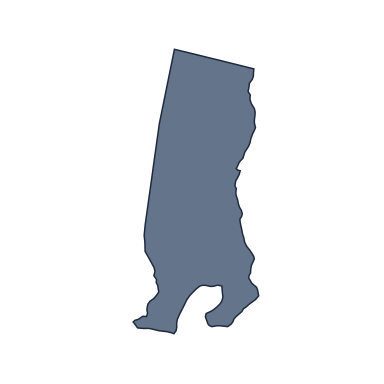 outline of Santa Cruz de Monte Castelo, Paraná, Brazil, rotated 336°
{"feature_id": "56859067B19396255459942", "entity_name": "Santa Cruz de Monte Castelo", "entity_type": "district", "adm_level": 2, "iso_a3": "BRA", "parent_name": "Brazil", "parent_adm1": "Paraná", "projection": "albers", "projection_center": [-53.375, -23.082], "detail": "fine", "context": "isolated", "style": "filled", "palette": "slate", "viewbox_px": 384, "rotation_deg": 336, "n_neighbors": 0, "source": "geoboundaries", "source_scale": "gbopen_adm2", "svg_char_len": 1971}
<svg xmlns="http://www.w3.org/2000/svg" viewBox="0 0 384 384"><g transform="rotate(336 192 192)"><path d="M210.7,314.0L211.4,310.9L212.0,308.6L212.2,305.3L209.5,299.7L209.2,296.4L208.8,293.8L210.1,291.6L212.6,289.7L214.2,286.5L216.3,283.4L221.7,278.5L222.2,275.9L221.8,272.5L221.1,268.6L219.9,264.0L219.7,259.2L220.8,254.5L221.0,251.4L222.3,245.9L223.0,242.3L224.1,237.8L225.1,235.8L227.2,234.7L229.1,232.4L229.6,228.9L229.2,225.1L229.5,222.1L230.5,217.6L231.0,212.7L232.0,209.9L233.9,206.9L233.6,204.0L235.1,201.7L236.5,199.6L239.2,197.7L242.2,195.2L244.7,192.2L242.8,190.7L241.9,188.7L244.1,186.9L246.6,184.6L248.5,183.4L252.3,181.8L256.4,177.1L262.2,173.3L265.2,170.4L267.3,167.4L270.8,163.7L273.3,161.7L276.2,159.0L276.8,155.7L277.4,153.4L278.9,150.5L280.6,147.8L282.2,144.6L282.9,141.2L282.5,138.1L282.1,135.2L282.7,130.7L284.7,127.1L284.1,123.0L286.3,119.9L288.8,115.9L292.8,113.7L295.1,111.3L296.7,108.0L298.6,104.7L257.8,72.9L234.0,54.5L189.6,116.8L187.1,120.9L167.4,152.4L161.1,162.6L136.2,202.4L135.0,204.5L130.7,212.1L128.5,218.8L125.0,227.2L125.8,235.5L126.6,245.6L125.9,249.4L123.1,253.0L124.0,257.4L122.5,260.2L122.7,263.7L121.7,266.7L121.0,269.8L118.1,271.7L113.7,273.8L109.2,274.7L106.1,276.5L104.3,278.9L102.8,281.5L102.1,284.7L99.8,287.2L96.4,285.5L91.3,286.5L87.6,286.0L85.4,286.8L86.1,289.5L87.0,294.0L91.9,296.8L97.0,299.0L98.8,300.2L105.4,305.3L112.3,309.4L115.0,311.4L117.8,314.1L121.0,312.3L122.9,309.6L124.7,305.5L126.7,302.5L130.7,298.8L138.5,292.5L143.2,288.5L147.6,285.8L149.7,284.9L156.3,282.3L161.0,281.1L163.7,281.5L166.3,282.7L170.7,285.9L173.4,286.9L177.5,287.5L181.0,290.0L179.1,295.6L177.4,300.7L174.8,303.9L171.9,305.7L167.5,307.3L164.1,308.2L161.0,308.7L155.5,308.8L153.5,311.4L152.9,318.8L153.5,321.1L155.4,323.1L159.9,324.2L163.4,325.7L169.8,329.5L174.1,328.6L176.6,327.2L178.9,324.9L181.7,323.7L188.9,321.5L191.5,319.6L194.8,319.0L198.4,317.8L206.3,316.1L210.7,314.0Z" fill="#64748b" stroke="#1e293b" stroke-width="1.5"/></g></svg>